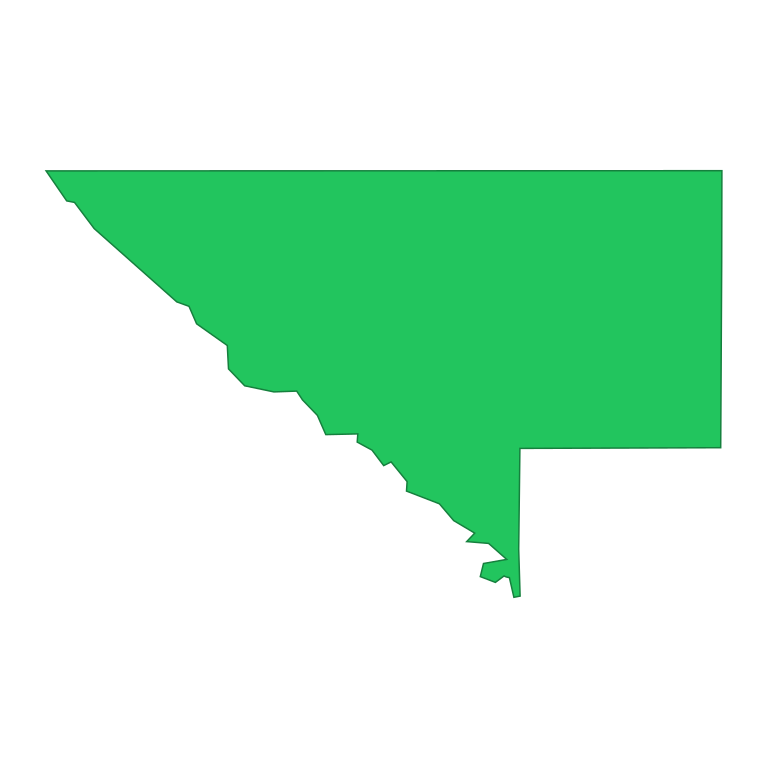 outline of Chippewa, Minnesota, United States of America
{"feature_id": "52423323B98268232841030", "entity_name": "Chippewa", "entity_type": "district", "adm_level": 2, "iso_a3": "USA", "parent_name": "United States of America", "parent_adm1": "Minnesota", "projection": "robinson", "projection_center": [-95.622, 44.952], "detail": "fine", "context": "isolated", "style": "filled", "palette": "green", "viewbox_px": 768, "rotation_deg": 0, "n_neighbors": 0, "source": "geoboundaries", "source_scale": "gbopen_adm2", "svg_char_len": 668}
<svg xmlns="http://www.w3.org/2000/svg" viewBox="0 0 768 768"><path d="M721.9,170.7L46.1,170.9L66.7,200.9L74.5,202.4L94.2,228.6L176.8,301.9L189.0,306.3L196.6,323.8L227.3,345.5L228.5,368.9L244.7,385.8L273.9,391.9L296.7,391.1L302.5,399.9L317.4,415.4L325.8,434.6L357.8,433.9L357.2,442.1L372.0,450.1L383.7,465.6L391.1,461.9L407.1,481.6L406.5,491.1L439.4,503.8L453.7,520.6L474.7,533.1L466.7,541.6L488.6,543.4L506.7,559.4L483.5,563.5L480.3,576.6L495.4,582.4L504.1,575.9L504.5,576.2L505.6,576.7L507.2,577.2L508.9,577.5L509.4,577.6L513.9,597.3L520.1,596.1L518.7,549.1L519.9,448.4L720.7,447.7L721.7,262.5L721.9,170.7Z" fill="#22c55e" stroke="#15803d" stroke-width="1.5"/></svg>